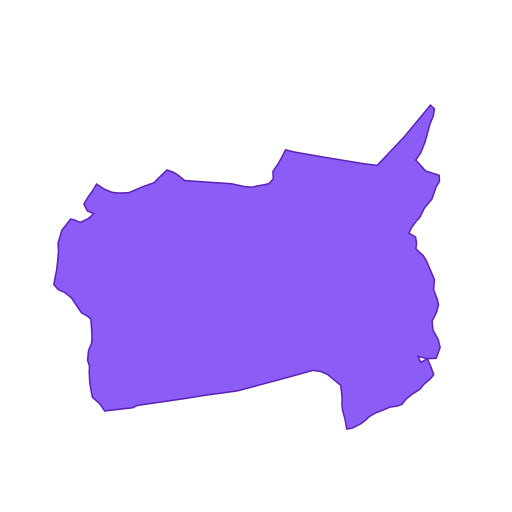 the district of Limoeiro de Anadia, Alagoas, Brazil, rotated 190°
{"feature_id": "56859067B58841982449000", "entity_name": "Limoeiro de Anadia", "entity_type": "district", "adm_level": 2, "iso_a3": "BRA", "parent_name": "Brazil", "parent_adm1": "Alagoas", "projection": "natural_earth1", "projection_center": [-36.471, -9.746], "detail": "fine", "context": "isolated", "style": "filled", "palette": "violet", "viewbox_px": 512, "rotation_deg": 190, "n_neighbors": 0, "source": "geoboundaries", "source_scale": "gbopen_adm2", "svg_char_len": 1751}
<svg xmlns="http://www.w3.org/2000/svg" viewBox="0 0 512 512"><g transform="rotate(190 256 256)"><path d="M378.1,77.1L350.9,85.2L347.0,88.2L312.7,99.5L302.7,102.8L283.1,109.6L250.7,120.0L197.5,144.9L180.3,153.2L172.3,153.5L164.9,151.7L150.1,143.3L146.9,132.6L145.4,124.0L143.9,118.9L140.3,111.4L136.5,101.3L131.0,103.4L123.6,109.1L119.7,113.2L116.7,117.4L111.5,121.9L104.6,126.0L97.8,130.5L91.1,132.6L86.5,135.3L83.4,141.0L78.3,147.0L71.8,152.8L68.3,158.9L62.9,165.4L60.3,169.9L64.9,177.9L69.5,184.6L60.8,186.5L58.8,197.9L61.9,205.1L68.8,213.7L71.3,222.7L68.5,231.6L67.8,239.7L69.8,244.5L75.2,253.7L76.2,263.8L87.8,281.5L91.4,285.4L99.8,290.8L100.1,296.6L102.2,302.4L109.3,305.0L108.0,310.5L104.5,317.6L101.4,322.4L98.5,332.4L92.6,342.7L90.6,355.5L88.3,361.2L89.5,367.2L103.9,369.3L115.3,378.2L111.6,386.5L109.3,397.8L107.5,417.0L105.7,424.6L105.8,431.8L110.4,434.9L130.6,399.3L152.4,366.3L165.9,365.6L207.2,365.1L236.8,365.1L245.3,365.7L249.4,352.8L254.0,342.1L252.4,334.9L255.8,329.5L260.8,327.4L267.2,325.1L271.9,323.0L280.1,322.4L292.9,322.9L339.3,317.9L346.8,322.1L352.2,324.2L358.6,325.3L364.0,317.9L369.1,310.5L373.5,308.0L381.1,303.6L392.4,296.2L402.7,294.1L409.1,293.7L417.2,295.6L425.5,299.1L428.1,292.2L431.7,284.8L434.5,277.1L429.9,271.1L423.2,269.5L427.8,263.6L435.0,258.5L440.3,259.8L445.0,260.2L448.5,253.5L451.6,247.8L452.4,241.2L453.2,234.1L451.4,226.6L450.4,215.6L449.9,207.8L450.1,201.8L450.1,192.8L445.0,188.6L438.3,186.9L430.4,182.7L423.4,175.3L417.8,169.6L413.2,168.2L407.8,165.4L405.6,157.1L403.7,149.1L402.7,142.1L404.5,133.8L403.8,124.2L400.9,118.6L399.9,111.7L397.8,102.7L395.1,95.0L392.5,88.4L384.3,83.4L378.1,77.1ZM69.5,184.6L75.2,179.8L79.0,185.4L69.5,184.6Z" fill="#8b5cf6" stroke="#5b21b6" stroke-width="1.5"/></g></svg>